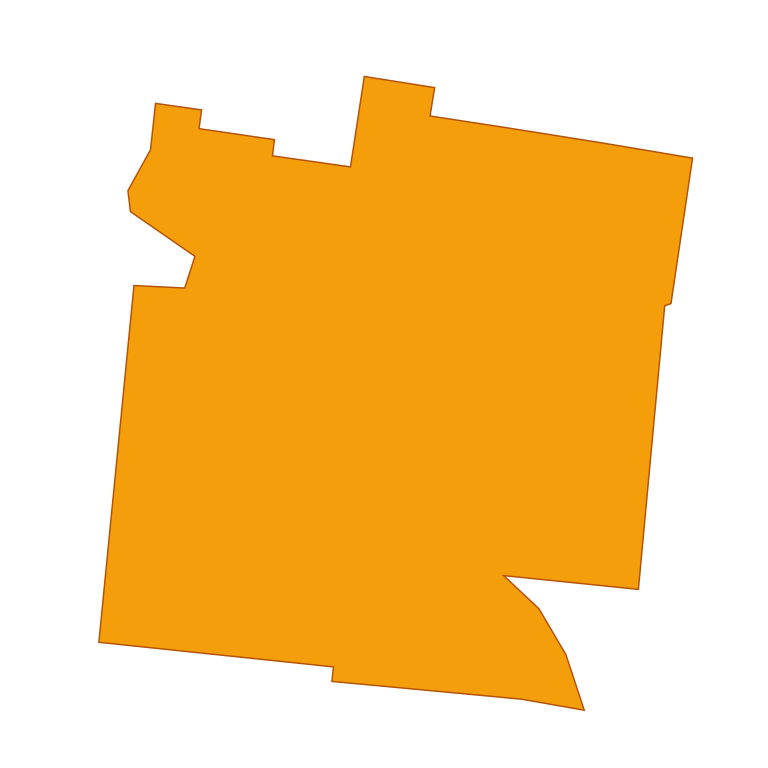 the district of Tompkins, New York, United States of America, rotated 188°
{"feature_id": "52423323B63267759277093", "entity_name": "Tompkins", "entity_type": "district", "adm_level": 2, "iso_a3": "USA", "parent_name": "United States of America", "parent_adm1": "New York", "projection": "mercator", "projection_center": [-76.461, 42.445], "detail": "fine", "context": "isolated", "style": "filled", "palette": "amber", "viewbox_px": 768, "rotation_deg": 188, "n_neighbors": 0, "source": "geoboundaries", "source_scale": "gbopen_adm2", "svg_char_len": 526}
<svg xmlns="http://www.w3.org/2000/svg" viewBox="0 0 768 768"><g transform="rotate(188 384 384)"><path d="M103.5,216.0L116.9,500.5L111.0,503.6L109.9,650.6L198.1,653.0L297.0,654.8L375.7,655.8L375.1,684.5L446.3,685.8L447.4,594.3L526.2,594.4L526.5,610.7L602.7,611.1L602.8,630.0L649.3,630.1L647.8,583.5L664.5,539.8L659.1,519.4L589.0,484.1L594.7,451.3L645.3,446.7L630.4,88.5L394.7,96.8L394.2,82.2L204.2,91.0L140.3,88.8L166.3,141.5L199.4,183.1L238.8,210.9L103.5,216.0Z" fill="#f59e0b" stroke="#b45309" stroke-width="1.5"/></g></svg>